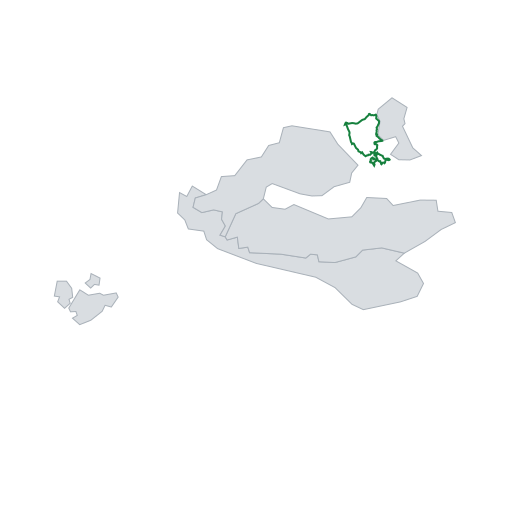 Estonia and the surrounding countries, rotated 245°
{"feature_id": "EST", "entity_name": "Estonia", "entity_type": "country or territory", "adm_level": 0, "iso_a3": "EST", "parent_name": "Europe", "parent_adm1": "", "projection": "orthographic", "projection_center": [24.591, 58.582], "detail": "fine", "context": "with_neighbors", "style": "outline", "palette": "green", "viewbox_px": 512, "rotation_deg": 245, "n_neighbors": 4, "source": "natural_earth", "source_scale": "50m", "svg_char_len": 4758}
<svg xmlns="http://www.w3.org/2000/svg" viewBox="0 0 512 512"><g transform="rotate(245 256 256)"><path d="M281.8,69.3L283.8,64.3L287.9,64.3L299.8,82.0L291.3,87.5L288.3,98.6L284.9,101.2L281.6,113.7L277.0,113.7L270.9,103.3L275.1,98.4L270.9,93.2L267.6,79.3L268.3,67.2L277.2,63.4L277.7,68.9L281.8,69.3ZM346.3,227.8L332.6,236.8L334.2,225.5L326.7,219.5L318.2,225.3L315.7,237.1L310.2,244.2L303.8,240.3L296.1,240.9L290.1,232.2L286.4,236.2L282.7,236.6L281.0,247.1L270.1,243.6L267.5,252.3L261.7,251.6L247.1,279.4L233.1,300.3L234.6,306.2L231.1,312.1L224.2,310.6L216.7,324.8L213.0,346.1L216.3,355.1L210.2,373.4L195.9,391.6L192.5,380.7L172.2,395.3L160.3,396.2L151.3,385.0L153.4,367.4L162.0,330.6L171.6,322.6L193.9,314.3L211.5,301.2L249.0,253.3L278.9,224.3L291.6,218.1L300.6,219.2L309.1,206.1L318.8,206.7L328.1,203.1L345.8,213.5L339.2,218.4L346.3,227.8ZM317.2,65.2L313.3,73.6L304.6,75.3L296.0,72.4L295.8,68.2L291.7,67.6L289.5,60.4L298.3,56.9L302.0,60.7L304.9,56.3L317.2,65.2ZM309.8,99.1L301.9,105.3L295.9,101.4L298.5,97.6L296.8,92.6L303.7,89.8L304.9,95.6L309.8,99.1Z" fill="#d9dde1" stroke="#a8b0b8" stroke-width="1"/><path d="M195.9,391.6L210.2,373.4L216.3,355.1L213.0,346.1L216.7,324.8L224.2,310.6L231.1,312.1L234.6,306.2L233.1,300.3L247.1,279.4L261.7,251.6L267.5,252.3L270.1,243.6L281.0,247.1L282.7,236.6L286.4,236.2L302.9,255.6L302.6,280.5L304.7,286.8L293.2,291.1L286.1,302.1L286.6,312.1L259.0,337.2L251.0,359.4L255.4,371.4L262.2,381.1L252.9,398.7L243.8,401.6L237.3,428.4L230.4,442.9L219.7,439.8L212.7,451.8L202.0,450.8L201.8,435.1L197.8,415.5L195.9,391.6Z" fill="#d9dde1" stroke="#a8b0b8" stroke-width="1"/><path d="M333.0,425.2L337.4,428.8L341.9,446.1L326.8,455.7L317.9,448.0L313.0,447.0L311.7,443.6L287.7,443.8L277.1,448.4L278.0,436.1L282.9,426.1L291.3,420.9L298.0,433.2L305.1,433.0L306.9,420.5L314.3,417.6L325.7,425.4L333.0,425.2Z" fill="#d9dde1" stroke="#a8b0b8" stroke-width="1"/><path d="M332.6,236.8L332.5,248.1L342.6,258.2L337.8,270.7L346.9,288.5L343.5,302.7L350.8,314.2L348.8,325.0L360.7,335.1L358.8,343.6L337.2,375.5L322.7,377.4L295.2,386.8L290.8,377.8L283.2,372.1L285.8,356.1L282.8,341.3L286.8,332.0L293.8,322.1L314.8,301.3L314.1,294.4L304.7,286.8L302.6,280.5L302.9,255.6L286.4,236.2L290.1,232.2L296.1,240.9L303.8,240.3L310.2,244.2L315.7,237.1L318.2,225.3L326.7,219.5L334.2,225.5L332.6,236.8Z" fill="#d9dde1" stroke="#a8b0b8" stroke-width="1"/><path d="M333.5,424.3L333.3,424.4L332.0,424.2L330.7,423.6L330.1,423.1L329.5,423.1L328.8,423.5L326.3,424.5L325.7,424.3L324.2,423.4L323.5,422.4L321.8,420.5L321.7,420.0L321.5,419.6L319.7,419.2L319.1,418.4L318.6,418.3L317.8,418.0L315.8,416.4L315.3,416.3L315.2,416.6L315.2,416.9L315.1,417.1L314.8,417.1L314.4,416.6L313.8,416.1L312.1,417.0L311.5,417.3L310.9,417.3L308.2,418.6L307.3,419.3L307.0,419.2L307.1,418.6L308.2,415.4L308.4,412.8L308.8,412.5L309.0,412.1L308.8,411.3L307.6,410.8L307.1,410.9L306.7,411.7L306.3,412.4L305.2,412.8L304.3,412.1L302.3,411.2L301.7,410.0L301.6,408.8L300.6,407.6L300.1,406.3L300.3,405.4L301.3,404.7L301.6,404.2L300.4,404.3L300.1,404.1L300.1,403.7L299.5,402.0L300.0,401.4L300.3,400.7L299.9,400.2L300.0,399.6L300.3,399.0L300.1,397.5L301.4,396.8L302.6,396.3L305.1,396.0L304.8,394.7L305.9,394.6L307.6,393.1L309.2,393.4L311.7,392.3L316.4,392.2L317.0,391.6L316.9,391.0L316.9,390.3L317.8,390.5L319.2,390.3L324.8,391.5L326.1,391.5L328.0,392.8L329.1,393.1L332.1,393.0L336.7,393.4L337.6,392.4L337.6,392.2L338.1,392.7L338.7,393.4L338.9,393.9L338.7,394.2L338.2,394.4L338.0,394.7L337.8,395.1L337.2,395.3L336.8,395.6L336.5,397.0L335.9,399.3L334.8,401.1L333.9,402.1L333.6,402.9L333.3,403.8L333.3,404.6L334.4,409.5L334.4,410.3L334.3,411.2L334.1,412.2L334.3,413.0L335.0,414.3L335.7,416.3L336.0,417.6L336.4,418.0L336.9,418.3L336.9,418.6L336.9,418.8L336.7,419.1L334.9,419.8L334.7,420.4L334.6,421.0L333.8,422.0L333.6,422.9L333.5,423.9L333.5,424.3ZM292.5,406.7L293.1,407.1L293.7,407.0L294.3,406.8L295.5,407.1L298.2,409.1L298.5,409.6L296.8,409.9L296.4,410.5L296.0,410.9L295.5,411.0L294.7,411.8L293.6,412.6L293.3,413.1L291.3,413.0L290.2,413.2L289.3,414.1L288.9,415.9L288.2,417.3L287.5,417.7L286.8,417.8L286.7,417.3L286.8,416.7L288.3,414.8L288.6,414.2L287.9,413.9L287.3,413.2L286.1,412.4L285.9,411.7L286.2,411.7L286.5,411.5L286.8,411.0L287.0,410.4L286.1,408.5L286.6,408.3L287.2,408.4L287.9,408.9L288.7,408.3L289.0,408.2L289.5,408.5L290.1,407.3L291.3,407.0L291.9,406.6L292.5,406.7ZM295.2,403.4L294.5,404.2L294.1,403.9L293.9,403.5L293.0,405.3L291.9,405.6L291.4,405.2L291.4,404.5L290.9,402.7L290.1,402.2L288.8,402.1L288.0,401.3L291.4,400.9L291.8,400.1L292.5,399.2L293.0,399.1L293.5,399.4L293.5,400.0L293.6,400.3L295.2,400.8L295.8,401.9L295.9,403.3L295.2,403.4ZM298.7,408.0L298.0,408.2L296.3,407.0L296.7,406.2L297.2,405.9L298.6,406.4L298.8,407.6L298.7,408.0Z" fill="none" stroke="#15803d" stroke-width="2"/></g></svg>